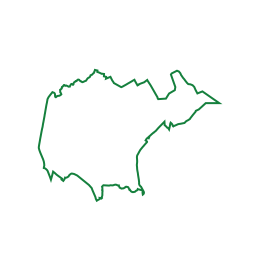 outline of Orizaba, Veracruz, Mexico, rotated 155°
{"feature_id": "50627088B96459936323530", "entity_name": "Orizaba", "entity_type": "district", "adm_level": 2, "iso_a3": "MEX", "parent_name": "Mexico", "parent_adm1": "Veracruz", "projection": "natural_earth1", "projection_center": [-97.104, 18.859], "detail": "fine", "context": "isolated", "style": "outline", "palette": "green", "viewbox_px": 256, "rotation_deg": 155, "n_neighbors": 0, "source": "geoboundaries", "source_scale": "gbopen_adm2", "svg_char_len": 5783}
<svg xmlns="http://www.w3.org/2000/svg" viewBox="0 0 256 256"><g transform="rotate(155 128 128)"><path d="M142.7,61.4L142.1,61.5L141.8,61.7L141.5,61.9L141.1,62.3L140.7,63.1L140.7,63.6L140.7,64.3L140.9,67.4L141.0,69.2L141.4,70.1L141.7,71.3L141.7,71.8L141.6,72.4L141.4,73.1L140.9,74.0L140.6,74.9L140.0,76.7L139.6,78.1L138.9,80.6L138.4,82.2L138.1,83.1L137.5,85.5L137.0,87.1L136.6,88.0L136.0,89.7L135.6,90.8L135.1,91.6L134.2,93.1L133.7,94.1L133.1,95.6L132.4,97.4L132.2,97.9L131.6,98.8L131.2,99.3L129.3,100.6L128.6,101.2L126.0,103.0L122.7,104.6L121.0,105.3L120.7,105.5L117.0,107.1L116.8,107.2L116.8,107.5L116.5,107.8L116.7,108.2L117.3,109.3L115.5,110.5L114.1,110.8L113.8,110.7L113.5,110.0L112.6,110.8L112.7,111.3L112.3,111.4L110.9,111.8L109.4,112.3L107.6,112.8L107.2,112.9L106.9,112.9L106.8,113.0L106.5,113.0L106.3,113.1L106.1,113.1L105.9,113.2L105.5,113.3L104.1,113.6L100.5,115.2L92.3,118.3L93.6,115.0L93.3,114.6L92.7,113.1L92.4,111.9L91.6,110.9L91.4,109.3L88.9,112.5L87.9,114.0L87.1,114.8L86.5,113.4L86.3,112.0L86.3,111.9L86.5,111.5L86.5,110.9L86.3,110.3L85.7,110.4L83.6,110.3L81.1,110.3L80.6,110.2L80.1,110.1L78.5,109.6L74.7,108.7L72.3,109.6L70.1,109.7L68.1,110.0L67.4,110.5L63.7,112.4L59.9,114.2L59.3,114.9L58.5,114.9L56.0,114.9L47.0,117.7L34.8,112.0L45.1,129.7L50.5,130.0L50.7,134.0L50.6,137.2L51.4,139.5L53.0,141.2L54.8,142.3L55.4,143.8L56.0,146.3L56.4,148.4L56.9,150.1L57.5,153.8L57.4,155.4L58.0,157.7L59.4,159.2L65.4,159.0L66.5,158.3L67.8,145.1L69.6,142.5L76.2,141.9L81.2,138.6L88.4,141.4L88.4,141.6L88.5,142.1L88.5,142.3L88.5,142.8L88.4,143.0L88.3,143.4L88.6,146.7L88.9,150.4L89.4,156.3L89.6,158.1L89.9,160.0L90.3,163.0L90.3,163.4L94.1,162.6L97.4,162.9L100.2,163.0L100.3,162.9L100.4,162.6L100.6,162.6L101.4,162.6L101.7,166.5L101.8,167.7L101.8,169.0L103.3,168.9L104.0,168.8L105.0,168.7L106.2,168.6L108.4,168.4L109.7,168.3L110.5,168.2L112.8,168.0L113.4,168.0L114.1,167.9L114.6,167.9L115.4,167.8L116.9,167.9L121.8,174.7L121.8,175.2L121.9,176.1L122.2,177.8L122.3,181.8L124.7,181.9L127.1,182.0L126.8,182.4L126.2,183.6L128.0,185.0L127.7,185.6L126.9,187.1L128.8,188.3L129.0,188.3L130.6,190.3L132.1,191.8L131.4,193.0L132.3,193.7L133.4,194.6L134.2,193.7L134.7,193.4L135.1,192.8L135.3,192.5L135.8,192.3L136.2,192.2L136.5,192.2L137.1,191.9L137.6,191.7L138.0,191.5L139.1,191.6L139.7,191.6L139.9,191.4L140.2,191.0L140.6,190.7L140.8,190.5L141.5,190.3L142.2,190.2L142.9,190.2L143.3,190.1L143.7,190.0L144.4,189.6L145.1,189.2L145.7,188.8L146.0,188.6L147.3,188.7L148.0,188.7L148.4,188.7L149.1,188.7L149.6,188.7L149.9,188.8L150.2,189.0L150.4,189.4L150.6,189.9L150.9,190.0L151.1,190.3L151.2,190.5L151.4,190.9L151.6,191.1L151.7,191.3L151.8,191.6L151.8,191.9L151.9,192.1L151.9,192.3L152.1,192.5L152.3,192.7L152.6,192.9L152.8,193.0L153.0,193.0L153.3,192.9L153.5,192.9L153.9,192.8L154.1,192.7L154.4,192.6L154.7,192.3L154.9,192.3L155.0,192.3L155.3,192.5L155.5,192.6L155.7,192.4L156.0,192.4L156.3,192.4L156.5,192.4L156.8,192.2L157.1,192.2L157.4,192.2L157.8,192.0L158.1,191.8L158.3,191.6L158.6,191.3L158.8,190.9L158.9,190.7L159.2,190.5L159.4,190.4L159.6,190.4L159.8,190.6L159.9,191.0L160.0,191.3L160.4,191.7L160.6,191.8L160.9,191.8L161.2,191.7L161.4,191.6L161.7,191.4L162.1,191.1L162.3,190.9L162.7,190.7L163.0,190.5L163.1,190.4L163.2,190.2L163.5,190.3L163.8,190.4L164.1,190.4L164.4,190.6L164.5,190.8L164.7,191.0L164.8,191.2L164.9,191.3L165.1,191.5L165.3,191.8L165.6,192.1L165.8,192.4L166.2,192.7L166.5,192.8L166.8,192.7L167.1,192.8L167.3,193.3L167.5,193.8L167.8,194.0L168.0,194.0L168.7,193.6L169.0,193.5L169.3,193.3L169.8,193.2L170.1,193.0L170.4,192.9L170.6,193.0L170.7,192.9L171.0,192.5L171.1,192.2L171.3,191.9L171.5,191.9L171.7,191.7L172.1,191.6L172.9,191.4L173.4,191.3L173.6,190.9L173.7,190.3L173.9,189.9L174.1,189.5L174.3,189.1L174.3,188.8L174.2,188.5L174.1,188.1L174.1,187.8L174.1,187.4L174.2,187.0L174.2,186.7L174.7,186.5L175.1,186.4L175.6,186.3L176.1,186.3L176.5,186.3L176.8,186.3L177.9,186.7L178.3,186.8L178.9,186.9L179.2,186.7L179.5,186.6L180.0,186.5L180.4,186.4L180.7,186.7L180.7,187.3L180.6,187.8L180.4,188.2L179.9,189.5L179.8,190.3L180.1,191.1L180.4,191.5L180.6,191.7L180.8,191.8L181.0,191.9L181.2,192.1L181.4,192.4L184.4,190.9L186.5,189.8L187.3,189.3L187.8,188.9L188.8,188.1L189.4,187.2L190.8,185.2L192.1,183.5L194.2,180.5L195.6,178.5L197.1,176.3L198.0,175.1L198.1,174.9L198.7,174.0L202.4,168.8L202.8,168.3L203.7,167.0L204.9,165.2L206.5,163.2L208.8,160.0L211.0,156.9L211.8,155.8L213.6,153.2L215.5,150.5L216.7,148.7L217.3,147.6L217.7,145.3L217.9,142.9L218.0,140.6L218.1,137.8L218.2,135.4L218.4,133.8L218.5,133.1L219.0,131.3L219.4,130.2L219.7,129.4L220.8,128.0L221.2,127.3L220.9,127.1L220.5,126.8L219.9,125.9L219.6,125.2L219.3,124.5L219.1,123.8L219.0,123.0L219.4,116.6L219.7,113.7L216.5,117.4L214.3,120.1L213.3,118.0L212.5,116.0L211.7,114.5L209.2,110.0L210.0,109.4L209.0,107.4L207.4,108.3L206.1,109.5L206.0,109.3L204.5,109.0L203.3,109.1L202.4,109.2L201.6,109.8L200.8,110.2L199.1,110.6L198.2,110.5L196.3,109.1L194.1,106.4L191.7,101.5L187.5,92.9L186.3,88.9L186.5,86.6L186.7,79.2L187.1,77.4L187.0,75.3L186.3,75.4L185.5,75.5L185.3,75.5L184.7,75.5L183.9,75.6L183.1,75.7L183.1,76.5L182.2,75.9L181.8,75.3L181.1,75.6L181.1,76.4L180.0,77.4L179.5,78.2L179.2,78.9L178.4,80.5L178.1,81.1L177.7,81.6L177.7,82.7L177.5,82.8L177.3,82.8L176.4,84.9L176.4,85.7L175.9,86.0L174.5,86.5L170.8,84.5L169.5,83.8L168.1,83.5L166.0,82.4L164.2,82.2L163.4,82.0L162.6,81.5L161.6,80.4L161.2,79.8L160.6,79.8L160.8,77.5L160.0,76.6L159.6,75.9L157.5,75.2L155.3,75.4L155.2,75.6L154.5,75.6L154.3,75.4L153.1,74.6L153.0,74.4L152.8,74.0L152.8,71.4L152.4,71.4L152.1,69.4L151.2,68.1L150.2,67.7L149.9,67.5L148.5,67.3L147.2,67.7L146.1,67.7L145.6,67.9L145.0,68.5L144.8,68.2L144.3,67.9L144.0,67.6L143.1,66.9L141.7,65.7L141.4,65.3L141.4,64.2L141.6,64.0L142.0,63.6L142.3,62.8L142.7,61.4Z" fill="none" stroke="#15803d" stroke-width="2"/></g></svg>